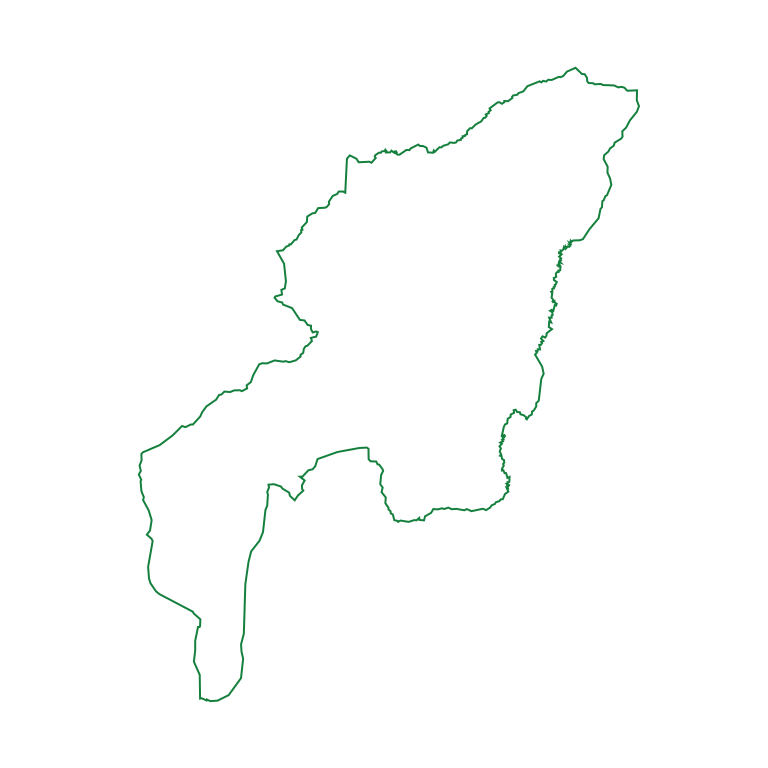 Kishapu, Shinyanga, United Republic of Tanzania, rotated 273°
{"feature_id": "72390352B32869277898143", "entity_name": "Kishapu", "entity_type": "district", "adm_level": 2, "iso_a3": "TZA", "parent_name": "United Republic of Tanzania", "parent_adm1": "Shinyanga", "projection": "mercator", "projection_center": [33.788, -3.68], "detail": "fine", "context": "isolated", "style": "outline", "palette": "green", "viewbox_px": 768, "rotation_deg": 273, "n_neighbors": 0, "source": "geoboundaries", "source_scale": "gbopen_adm2", "svg_char_len": 6131}
<svg xmlns="http://www.w3.org/2000/svg" viewBox="0 0 768 768"><g transform="rotate(273 384 384)"><path d="M58.2,227.2L59.1,234.4L65.2,245.2L82.8,256.6L102.2,257.7L109.4,255.7L116.6,254.9L127.3,257.1L176.7,256.0L199.2,258.0L209.9,260.1L221.0,267.9L229.7,270.9L252.0,272.2L256.3,273.7L267.4,273.9L270.0,273.0L274.6,274.6L277.4,273.9L278.2,279.3L276.2,286.5L274.3,288.0L270.5,295.0L267.4,295.9L263.2,300.9L268.2,303.9L273.3,309.0L274.7,307.8L278.4,307.3L283.5,309.8L287.0,304.9L287.2,307.4L293.9,313.0L295.1,317.2L298.2,319.6L305.6,321.6L313.7,341.2L318.8,362.7L319.6,370.2L318.5,371.9L308.1,372.6L306.1,374.6L306.2,380.3L303.5,381.7L303.2,383.5L299.0,386.9L297.2,387.7L293.1,385.9L283.7,385.5L280.5,388.1L275.9,387.2L270.8,391.7L265.1,391.6L260.7,394.9L258.9,395.1L257.3,397.2L255.1,397.5L254.2,399.6L248.5,401.5L248.0,404.9L247.1,405.3L248.5,407.7L247.6,415.8L249.7,421.4L249.5,423.5L252.1,426.2L250.1,426.5L249.9,431.1L254.0,431.9L257.8,437.8L261.7,439.8L261.6,444.3L262.9,448.4L262.3,450.7L263.9,454.7L262.5,458.2L263.1,462.6L262.1,470.9L263.4,473.2L261.6,478.0L264.6,489.3L263.4,492.6L266.2,496.5L268.5,497.9L270.1,501.1L271.9,502.0L273.0,505.3L274.9,506.6L275.1,508.6L280.5,510.6L283.0,513.8L286.9,511.8L286.5,513.2L288.8,512.4L288.7,513.7L289.5,514.2L290.8,512.0L291.0,512.8L292.3,512.4L292.9,514.3L297.8,514.2L296.7,512.2L301.4,510.6L301.3,509.1L304.1,507.7L303.8,506.3L305.5,506.2L308.7,507.9L310.3,507.1L311.7,508.2L314.3,507.8L315.3,505.9L318.3,505.1L318.5,503.7L319.8,504.7L322.6,503.1L325.8,504.1L327.9,502.6L330.4,504.8L331.6,503.1L332.9,505.8L334.6,504.8L334.9,506.3L336.9,505.4L337.2,506.9L338.5,507.5L339.3,506.8L338.5,504.4L347.3,505.9L349.9,506.9L351.1,509.1L355.7,509.3L357.7,512.1L360.1,512.1L362.0,515.4L364.7,514.9L365.2,516.9L363.0,518.4L362.9,521.2L360.9,521.9L360.1,525.2L358.0,528.0L356.8,527.6L356.2,528.5L359.7,530.6L361.3,533.2L364.3,533.3L365.2,534.8L369.5,537.2L372.8,537.0L375.4,539.4L397.3,540.8L402.6,542.9L409.7,541.0L421.3,533.3L422.9,534.8L424.8,534.2L424.6,535.6L426.7,535.7L426.7,538.0L431.2,537.0L431.3,538.6L433.0,539.7L434.3,538.8L435.3,540.9L437.6,538.4L439.9,539.8L438.8,542.5L440.7,543.7L443.2,543.8L447.6,548.9L449.5,545.6L454.9,545.7L454.2,547.7L458.9,545.4L458.9,547.9L461.3,547.8L461.6,548.7L464.4,548.4L465.8,546.0L466.9,547.6L466.1,549.3L471.7,550.4L471.3,551.7L473.1,552.3L474.5,550.0L475.6,549.9L474.6,548.6L475.1,548.0L476.2,548.9L479.2,546.8L483.0,547.3L484.8,546.2L485.0,547.3L487.9,547.1L488.4,548.7L489.7,548.4L490.3,549.6L492.0,549.3L492.4,550.3L494.9,551.2L496.7,548.3L498.7,548.0L500.0,550.4L502.9,549.8L504.4,550.5L505.2,552.1L504.4,552.9L506.4,552.2L506.8,554.0L510.5,554.1L510.5,552.2L511.6,551.1L512.3,553.0L513.2,552.1L514.8,552.4L514.3,554.2L515.7,552.8L516.5,554.0L517.7,552.5L517.4,553.9L518.7,554.4L520.4,552.2L522.8,554.6L523.8,551.9L524.6,551.9L524.4,553.6L526.6,553.3L526.3,554.5L527.8,556.1L530.3,556.6L528.9,557.8L530.7,558.1L529.3,559.0L531.0,560.2L530.6,561.6L531.7,562.8L533.2,561.4L533.5,563.0L535.0,561.8L534.6,562.9L536.8,563.0L535.9,564.0L537.2,565.3L537.8,572.0L539.1,575.1L549.4,581.1L560.7,589.6L570.1,591.0L571.9,592.4L578.0,592.5L578.8,593.7L583.2,595.3L584.2,596.8L594.8,600.6L601.1,599.0L606.7,596.1L612.7,596.0L620.0,591.6L624.0,591.9L628.0,596.0L631.1,597.4L634.0,601.0L637.1,601.7L641.5,608.1L643.6,609.3L648.8,608.7L652.6,612.3L660.3,615.9L669.1,622.3L674.8,624.1L680.6,621.6L690.5,621.3L689.6,611.6L692.4,608.7L693.2,605.9L692.5,602.5L694.2,598.1L694.0,586.9L695.0,585.0L694.3,578.7L695.3,577.2L695.3,572.6L696.7,571.2L700.5,570.6L703.9,568.2L703.9,565.5L709.8,558.7L705.5,550.3L701.1,547.0L699.7,544.5L699.8,542.3L696.4,535.6L696.4,532.0L694.5,530.1L695.1,527.1L693.5,525.4L694.4,523.6L688.9,511.6L683.5,507.8L681.5,503.0L679.9,502.1L678.9,497.9L677.4,496.8L676.3,497.2L672.9,493.0L672.9,489.3L671.6,489.3L670.0,487.1L671.4,484.6L671.2,482.8L664.7,475.0L662.9,476.2L661.3,474.2L660.0,474.5L658.5,471.5L657.1,472.5L655.2,471.2L655.0,469.7L651.3,467.3L647.9,461.9L643.9,458.3L644.0,456.6L640.8,453.8L637.7,453.8L637.0,452.1L635.8,451.8L635.6,449.6L633.9,449.6L633.3,448.2L631.8,448.0L631.0,444.5L629.0,443.3L628.4,441.4L628.7,437.2L626.7,435.5L624.9,430.5L623.3,429.0L623.3,426.9L618.5,422.6L619.8,421.5L617.5,420.9L617.6,415.8L622.2,414.1L623.7,410.4L623.6,407.3L624.9,405.7L620.6,398.2L618.9,397.2L618.9,394.1L613.9,387.6L613.7,385.8L615.1,383.4L616.0,384.5L617.0,383.9L616.6,381.9L615.7,381.7L617.4,379.2L615.6,378.0L615.3,373.7L616.3,373.3L616.9,374.1L618.0,373.1L616.7,372.5L616.1,369.5L614.8,368.8L614.7,366.8L612.0,363.3L610.6,362.8L609.3,363.9L604.3,359.9L605.2,357.8L604.1,347.1L607.5,344.7L610.5,337.9L607.2,335.3L605.2,335.2L573.0,335.3L574.1,332.9L573.8,328.7L571.3,327.3L569.1,322.9L563.1,319.4L560.7,319.8L558.1,317.8L557.0,316.2L556.2,309.0L551.2,306.3L550.7,303.6L547.2,298.6L541.7,298.5L536.0,293.7L533.8,294.5L533.4,293.2L530.9,293.5L528.3,291.1L523.7,289.1L523.1,287.2L518.6,283.7L518.5,282.2L517.5,282.2L516.0,279.1L512.3,276.2L511.0,270.2L498.9,277.9L481.4,280.7L474.2,279.9L472.7,276.6L468.0,277.5L465.7,270.8L464.4,270.2L461.0,273.4L460.1,278.0L458.0,279.1L455.0,288.2L443.6,296.7L443.3,301.3L439.0,304.6L438.4,308.0L434.8,308.3L431.8,310.1L432.9,313.5L432.3,315.2L427.8,313.8L426.2,308.5L423.2,309.8L418.2,305.5L417.7,303.8L414.9,302.1L410.8,301.7L408.8,299.1L407.1,299.3L403.0,294.7L400.8,288.4L401.7,284.3L401.0,282.5L401.8,273.5L398.4,266.0L398.4,261.5L397.2,258.4L386.1,253.0L378.9,250.9L375.5,246.9L372.4,247.5L369.4,242.4L370.2,240.5L369.8,234.8L367.9,230.7L368.1,225.0L365.0,222.2L364.5,219.9L359.6,217.2L352.3,207.8L346.3,203.9L341.8,202.1L333.5,195.2L333.5,193.3L330.5,187.9L331.5,184.5L321.7,175.7L311.2,163.1L303.2,146.8L301.4,145.4L294.8,145.9L289.9,144.2L284.4,145.7L280.8,143.9L275.6,146.6L274.2,146.0L264.2,147.4L258.4,150.1L255.5,149.5L245.3,155.7L235.9,159.1L225.5,158.0L221.1,155.1L217.3,159.9L215.0,161.2L189.0,158.0L177.4,159.5L172.7,161.3L165.1,167.1L162.4,170.7L146.6,205.0L144.9,206.0L139.4,212.9L133.1,213.0L131.7,212.6L131.6,211.0L117.6,208.9L108.2,209.4L96.7,208.7L83.9,215.2L60.2,216.8L60.6,218.3L58.7,223.4L59.7,223.6L58.2,227.2Z" fill="none" stroke="#15803d" stroke-width="2"/></g></svg>